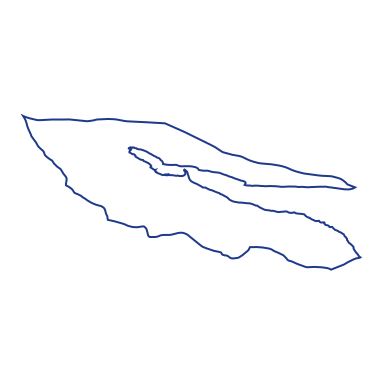 Tálknafjarðarhreppur, Vestfirðir, Iceland, rotated 177°
{"feature_id": "244011B74336956547693", "entity_name": "Tálknafjarðarhreppur", "entity_type": "district", "adm_level": 2, "iso_a3": "ISL", "parent_name": "Iceland", "parent_adm1": "Vestfirðir", "projection": "robinson", "projection_center": [-23.889, 65.645], "detail": "fine", "context": "isolated", "style": "outline", "palette": "blue", "viewbox_px": 384, "rotation_deg": 177, "n_neighbors": 0, "source": "geoboundaries", "source_scale": "gbopen_adm2", "svg_char_len": 6043}
<svg xmlns="http://www.w3.org/2000/svg" viewBox="0 0 384 384"><g transform="rotate(177 192 192)"><path d="M28.9,188.1L36.1,191.3L36.6,191.7L37.9,193.3L39.6,194.9L41.6,196.5L42.5,197.1L45.2,198.3L48.0,199.2L51.5,200.3L53.3,200.6L60.6,201.3L65.2,202.0L79.1,204.6L82.8,205.7L87.6,207.3L90.9,208.7L95.4,211.0L97.2,211.8L101.2,213.2L105.1,214.2L111.3,215.5L121.4,216.9L124.6,217.6L128.9,219.0L132.7,220.5L134.9,221.6L139.6,224.2L140.9,224.8L143.0,225.5L149.9,227.1L158.1,229.8L159.7,230.5L163.0,232.9L166.3,235.4L171.0,238.2L196.3,252.3L215.4,262.0L234.5,264.1L253.2,266.0L256.3,266.6L262.8,268.2L265.6,268.7L271.5,269.3L282.0,269.4L283.6,269.3L287.1,268.6L291.7,268.2L293.4,268.2L310.8,270.9L319.2,271.2L327.4,271.7L340.1,271.7L342.8,271.9L348.7,273.6L350.6,274.2L354.5,275.7L356.7,276.8L355.7,275.0L354.6,272.7L353.7,269.7L353.0,266.2L351.9,262.9L350.0,258.1L349.5,256.3L347.7,253.4L345.3,249.9L343.7,246.5L343.1,245.5L341.7,243.9L340.0,242.2L338.3,240.6L337.8,239.5L337.0,236.8L336.7,236.2L334.0,233.6L332.1,232.1L330.3,230.9L329.7,230.1L328.5,227.9L326.1,225.2L324.9,224.0L322.4,222.1L321.6,221.1L319.7,217.4L317.0,213.6L316.6,212.5L316.5,211.2L317.5,206.3L317.5,205.4L316.8,204.8L315.0,203.8L312.1,201.5L311.0,200.2L309.7,197.7L309.1,197.1L306.2,195.8L303.2,194.1L301.1,192.2L299.2,191.0L296.9,189.1L293.6,186.9L291.7,185.8L288.5,184.3L283.3,182.6L281.1,181.0L280.3,179.9L279.6,178.1L279.3,176.2L279.0,175.0L278.5,173.6L277.9,172.4L277.8,171.7L277.8,171.1L277.5,168.6L270.9,166.8L263.3,164.2L260.8,163.2L257.8,161.6L253.0,160.1L250.1,159.8L247.9,159.7L243.5,160.2L242.4,160.2L241.6,160.0L240.1,158.5L239.6,157.7L239.1,156.3L238.1,151.1L237.6,150.2L237.1,149.6L236.6,149.3L231.6,149.0L229.6,149.1L228.0,149.5L225.5,150.4L224.2,150.5L222.4,150.6L217.0,150.3L215.1,150.4L207.9,151.8L206.1,151.9L204.5,151.9L202.9,151.6L201.3,151.0L199.0,149.8L186.0,138.1L184.2,136.7L180.5,135.0L173.2,132.1L168.2,130.8L166.3,130.1L166.0,129.9L165.3,128.3L164.7,127.8L162.6,127.0L160.5,126.7L159.4,126.0L157.4,124.4L156.5,123.9L155.6,123.6L154.1,123.5L150.0,123.8L148.5,124.2L145.0,126.2L139.1,130.6L138.4,131.4L137.0,133.9L130.2,133.6L124.9,133.0L119.4,131.8L117.0,131.2L116.1,130.7L115.1,130.2L113.2,128.8L108.7,126.6L104.0,124.0L101.2,120.8L100.2,119.3L99.0,118.4L96.1,117.5L90.9,114.8L83.2,111.5L81.4,110.9L80.4,110.8L73.7,110.8L66.3,110.0L61.1,109.0L59.1,108.3L57.2,107.2L44.1,111.6L40.1,113.7L34.3,116.2L31.7,117.1L28.4,117.5L27.3,117.9L29.0,119.6L29.6,120.9L31.4,123.1L32.9,125.6L33.6,127.1L33.6,128.7L35.4,130.8L36.7,132.1L37.4,132.5L37.9,133.0L38.8,134.5L39.0,135.1L39.7,136.0L39.7,137.2L40.3,138.0L40.5,138.6L41.3,139.3L41.9,139.9L42.3,141.1L42.9,141.9L45.0,143.4L45.7,143.9L47.2,144.5L48.3,145.5L51.1,146.7L53.0,148.6L53.7,149.7L54.6,149.9L55.6,149.7L56.4,149.8L56.7,150.1L57.0,150.8L57.8,151.3L58.4,151.7L59.8,151.9L60.2,152.0L61.7,153.8L61.7,154.1L61.3,154.3L61.3,154.5L61.6,154.7L62.7,154.8L64.4,154.7L64.9,154.8L66.0,155.5L66.7,156.6L68.6,156.4L70.6,156.7L71.9,157.5L74.3,158.7L75.0,159.3L75.2,159.6L75.9,159.7L76.5,160.3L78.2,160.9L80.0,162.4L80.8,163.6L81.1,163.8L83.7,164.4L88.1,165.0L89.8,165.5L90.6,166.2L91.7,166.3L92.5,166.0L93.5,165.9L95.6,166.2L96.4,166.4L97.7,167.2L98.5,167.6L100.1,167.7L101.2,167.6L107.0,167.4L112.0,169.0L113.6,169.0L116.1,169.7L118.6,170.0L120.4,170.5L121.6,171.1L125.3,173.2L127.2,174.6L127.8,175.0L129.3,175.2L131.7,176.5L134.7,177.6L138.4,178.0L142.3,178.7L145.6,179.0L150.4,180.1L152.1,180.7L154.7,182.2L157.2,184.8L161.8,187.6L162.5,188.1L163.7,188.4L165.0,189.6L166.4,190.0L170.9,192.1L172.0,192.7L174.1,193.3L177.4,195.1L177.8,195.5L178.3,195.7L180.7,195.9L181.4,196.3L182.6,197.2L186.8,199.8L189.7,201.2L191.4,202.2L192.3,202.9L193.5,204.3L194.1,205.8L194.8,208.6L195.3,209.8L195.4,210.8L195.8,212.3L196.2,212.9L198.2,214.8L198.5,214.7L198.8,214.0L198.4,213.3L197.7,212.6L197.6,211.6L197.8,210.6L198.1,209.9L198.9,209.1L200.6,208.5L202.8,208.5L204.1,208.7L205.4,209.2L206.8,209.0L211.0,209.9L212.8,209.9L213.1,210.1L213.7,210.1L214.2,210.9L214.6,211.0L214.7,210.9L214.4,210.9L213.8,210.0L214.1,210.2L216.1,210.0L216.4,210.6L215.4,210.8L215.5,210.9L216.9,210.7L217.1,210.5L216.9,210.5L217.2,210.2L218.1,210.4L217.6,210.9L217.8,211.0L218.3,210.4L219.4,210.6L220.4,210.4L222.1,211.2L223.1,211.8L224.8,212.4L225.5,212.9L226.6,213.5L226.4,213.7L226.9,214.3L227.4,214.4L227.9,215.3L227.5,215.8L227.8,215.7L228.1,216.1L228.6,216.1L228.9,216.3L230.8,217.9L231.5,218.2L232.2,218.9L231.4,220.0L231.6,220.2L231.7,220.8L231.9,221.0L232.5,221.7L233.9,223.0L237.1,224.8L238.5,225.4L238.8,225.6L239.1,226.4L241.8,227.1L243.5,228.2L246.5,230.3L246.7,230.5L246.6,231.3L246.7,231.7L247.6,232.2L247.9,232.6L248.5,232.9L249.5,232.9L250.6,233.7L252.4,234.8L252.5,235.1L252.4,235.5L251.9,236.1L251.9,236.5L251.3,236.8L251.2,237.3L250.7,237.6L250.9,237.9L251.5,238.3L252.7,238.6L252.9,238.8L252.8,239.0L252.4,239.1L252.3,239.4L250.7,239.9L249.9,239.3L249.0,239.3L248.8,239.6L247.7,239.5L247.3,239.1L245.9,238.6L245.3,238.6L244.7,238.2L244.6,237.9L244.3,237.7L240.7,237.1L238.2,236.1L235.2,234.7L233.7,233.7L232.8,232.9L231.6,232.4L228.0,230.0L226.1,229.1L225.5,228.6L225.3,228.3L223.3,227.6L222.1,226.4L221.9,225.9L221.0,225.1L220.0,224.0L219.8,223.3L219.3,222.2L219.5,221.5L219.1,221.3L215.2,220.5L212.8,220.2L206.3,219.9L203.5,218.7L201.5,218.2L196.7,218.1L192.4,217.8L189.8,217.3L187.2,216.6L185.6,215.7L185.0,215.3L184.0,213.7L183.5,213.5L180.2,212.8L178.6,212.6L175.7,212.5L174.0,212.1L171.2,211.1L169.5,210.7L164.7,210.0L163.5,209.7L159.3,207.8L156.9,207.0L153.9,205.5L151.4,204.7L148.5,203.2L147.1,202.8L142.6,200.9L140.2,200.2L138.9,199.6L138.2,199.0L138.0,198.4L138.0,197.9L138.9,196.8L139.1,196.3L137.6,195.8L133.1,195.3L131.2,194.9L129.4,195.1L126.1,194.9L121.9,194.3L120.1,194.2L118.6,193.9L114.1,193.9L109.5,193.5L105.2,193.0L103.5,192.6L102.6,192.5L100.1,192.4L95.8,192.4L91.6,192.2L87.7,191.9L85.5,191.4L82.0,191.4L76.4,190.7L64.7,190.6L58.1,190.3L54.6,189.5L52.1,189.2L50.3,188.7L48.8,188.5L39.7,186.7L35.4,186.4L33.9,186.5L31.2,187.0L29.8,187.6L28.9,188.1Z" fill="none" stroke="#1e3a8a" stroke-width="2"/></g></svg>